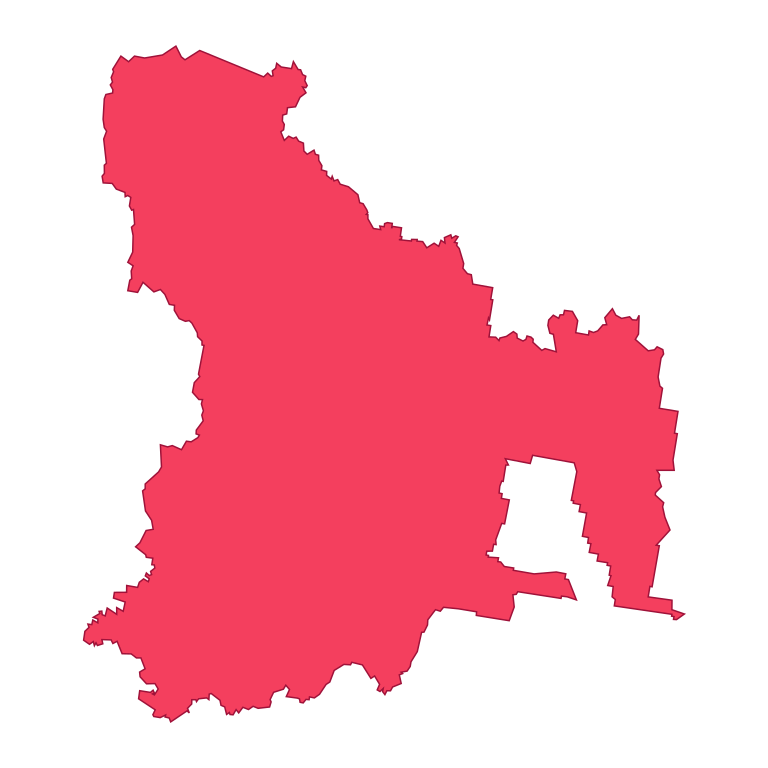 outline of Cabonne, New South Wales, Australia
{"feature_id": "25037944B28032354001178", "entity_name": "Cabonne", "entity_type": "district", "adm_level": 2, "iso_a3": "AUS", "parent_name": "Australia", "parent_adm1": "New South Wales", "projection": "orthographic", "projection_center": [148.824, -33.111], "detail": "fine", "context": "isolated", "style": "filled", "palette": "rose", "viewbox_px": 768, "rotation_deg": 0, "n_neighbors": 0, "source": "geoboundaries", "source_scale": "gbopen_adm2", "svg_char_len": 6078}
<svg xmlns="http://www.w3.org/2000/svg" viewBox="0 0 768 768"><path d="M662.8,349.6L657.1,346.8L654.5,349.8L648.2,350.8L635.3,339.4L638.5,334.1L639.1,315.3L636.7,320.1L632.3,319.8L629.6,316.8L621.6,318.4L615.8,315.2L612.4,308.7L604.8,317.7L606.7,324.7L602.9,324.9L597.7,330.9L593.5,332.5L589.1,330.9L588.5,335.0L575.7,332.7L577.7,320.7L572.4,311.4L564.5,310.4L563.5,314.8L560.1,314.8L558.7,318.3L553.3,315.2L548.7,320.0L547.9,325.4L549.9,333.3L553.4,334.3L556.3,351.8L545.0,348.6L541.8,350.4L532.9,342.3L533.2,339.2L531.0,337.1L527.0,336.0L525.9,339.4L523.0,341.0L517.2,338.1L516.9,334.1L513.4,331.6L506.4,336.4L499.9,338.0L499.0,340.6L495.7,337.2L489.0,336.9L490.8,325.6L487.0,325.0L488.5,317.9L489.5,319.9L492.8,299.8L490.7,299.5L492.7,287.7L472.8,284.1L471.3,274.7L467.4,273.7L462.9,268.3L463.7,263.6L459.2,248.5L456.6,245.4L457.3,243.0L454.4,242.4L458.1,236.8L455.8,235.8L451.8,238.2L450.8,234.8L444.4,237.6L445.0,243.0L441.0,240.3L438.7,246.3L434.1,243.2L426.8,247.8L422.7,241.6L417.0,241.1L417.2,239.5L411.6,239.4L411.4,241.0L398.9,239.7L401.5,239.1L401.8,236.6L400.3,236.3L401.5,227.8L392.6,226.4L391.6,228.3L392.3,223.4L387.4,222.6L384.6,223.6L384.2,226.7L379.8,226.1L380.7,229.6L373.4,228.5L367.9,218.8L367.9,214.7L366.3,214.4L367.8,212.7L366.8,209.9L363.1,203.7L359.7,202.7L357.9,194.7L348.5,186.8L340.2,184.2L337.7,179.6L334.0,180.9L332.2,176.3L331.3,179.0L326.6,175.4L326.7,171.4L321.4,169.9L321.9,165.7L318.8,160.4L318.6,155.2L315.4,154.3L314.0,150.1L307.2,154.3L303.9,151.0L303.4,143.1L298.6,141.1L296.1,137.1L293.2,138.4L288.7,136.2L284.3,140.4L280.8,131.8L283.6,129.8L284.3,124.4L282.4,121.1L282.7,115.1L286.7,113.9L287.5,107.7L295.5,106.8L300.0,97.3L306.0,92.8L302.6,87.0L305.8,87.7L307.2,85.6L304.8,80.7L305.8,76.2L302.6,74.6L300.6,69.8L298.1,69.5L293.4,61.6L291.5,68.6L281.2,67.0L276.7,63.3L275.7,68.2L272.3,70.9L273.1,75.7L271.3,76.4L267.7,73.1L263.7,76.9L199.7,50.5L185.0,59.8L181.3,56.9L175.9,46.1L162.5,55.0L144.6,58.0L134.5,56.1L128.6,61.7L120.9,56.1L112.7,69.3L113.6,71.8L111.2,77.5L112.5,82.1L110.3,84.9L112.9,89.7L112.6,93.0L105.9,94.5L104.3,98.8L103.1,119.3L104.3,127.6L106.6,131.2L103.7,139.0L106.4,163.3L104.3,165.2L104.4,173.4L102.1,176.2L103.2,182.9L112.2,183.4L116.3,189.1L125.0,192.4L125.2,196.7L127.8,195.5L130.8,197.4L129.4,206.0L131.7,210.2L133.5,209.5L134.6,224.4L131.5,227.2L133.1,235.6L132.7,252.1L127.8,262.3L133.1,265.8L131.2,271.0L131.7,278.8L129.8,280.2L127.8,290.7L137.6,292.4L143.0,282.3L153.9,291.9L160.4,289.5L164.9,294.4L169.3,304.4L174.5,305.3L174.3,310.3L179.2,318.6L185.4,321.3L189.2,320.6L191.9,323.1L197.3,332.8L197.6,336.7L202.0,341.0L202.0,345.0L204.0,345.4L198.5,374.2L199.8,376.6L194.3,382.6L192.5,392.3L198.9,399.5L202.5,399.6L201.4,403.9L203.4,410.8L201.8,415.1L203.2,420.8L196.3,430.1L196.1,433.9L199.4,435.1L197.9,437.6L191.2,441.8L186.4,441.2L181.5,449.7L172.3,445.6L167.6,446.9L160.4,444.8L161.5,467.0L158.6,471.9L145.2,484.0L145.2,488.8L142.6,490.9L145.5,511.0L151.6,520.3L153.2,529.3L146.1,530.5L139.9,542.8L135.6,546.8L145.7,554.7L146.3,557.3L152.8,558.2L151.8,564.7L154.3,565.0L154.8,568.1L150.6,571.4L151.6,574.6L149.3,575.5L146.4,573.0L145.3,575.9L149.2,578.8L148.3,581.7L143.6,578.9L139.3,582.3L137.6,587.4L126.7,585.5L126.6,592.3L114.4,592.4L113.5,598.1L125.2,602.0L123.2,611.3L116.7,607.6L116.7,614.3L107.2,608.0L105.2,615.9L102.2,614.7L101.8,611.1L99.1,611.4L99.8,613.5L93.3,617.3L97.9,619.1L97.8,622.8L92.8,620.0L91.8,624.6L87.9,624.1L89.0,627.4L84.9,631.3L83.6,640.2L89.5,644.3L93.3,641.6L94.4,645.7L96.0,642.8L97.4,645.5L102.8,643.8L101.9,639.6L111.1,639.9L112.9,643.5L117.1,641.3L122.1,653.7L131.2,653.9L136.4,657.9L140.9,657.9L145.1,668.8L139.6,672.1L140.1,676.8L146.5,683.8L155.0,683.6L158.2,689.0L154.4,694.9L152.5,693.9L154.4,693.0L153.1,690.2L150.4,692.4L139.7,690.7L138.6,698.8L155.2,709.8L152.9,714.7L153.8,716.5L160.2,717.6L165.6,715.0L165.1,717.0L169.2,718.0L170.7,721.9L187.0,710.9L189.3,712.9L187.5,708.3L191.7,704.0L191.8,699.7L195.9,699.7L196.5,701.6L198.6,698.8L206.7,697.9L208.9,699.6L209.2,694.1L211.2,693.5L220.0,700.3L221.0,705.3L224.7,706.9L226.6,714.4L229.4,712.5L230.0,714.5L233.1,714.8L236.1,709.6L238.7,712.9L242.9,707.3L248.5,709.5L253.1,706.3L258.1,708.3L269.6,707.0L271.1,701.9L270.1,699.6L273.6,692.3L283.4,689.2L285.8,685.2L289.5,689.5L286.3,696.6L297.4,698.1L299.5,698.9L300.1,702.3L303.2,702.9L306.0,699.4L309.1,699.7L309.5,696.9L314.4,697.9L319.5,694.3L326.1,684.4L329.8,682.0L334.2,670.4L343.9,664.4L350.5,664.8L351.8,662.3L362.4,664.9L370.9,678.4L374.6,676.0L379.6,684.3L377.2,689.9L380.0,691.5L383.2,688.5L382.6,691.6L384.9,694.6L386.9,690.7L390.5,690.8L392.6,687.0L401.2,683.5L399.3,674.8L402.6,673.6L401.2,672.2L407.1,671.1L410.2,666.5L411.0,661.8L417.3,651.6L421.6,632.3L424.0,632.1L427.5,625.0L427.8,619.8L435.5,609.7L440.3,611.2L443.5,607.3L458.5,608.8L476.6,611.8L476.3,615.4L509.2,620.7L514.2,607.0L512.9,594.8L516.2,594.3L517.8,591.7L561.0,598.4L561.5,596.1L567.2,596.8L576.4,599.9L568.4,579.6L564.8,578.9L565.8,573.8L556.3,572.0L534.1,573.9L513.3,570.3L513.7,568.0L504.3,566.5L500.7,562.0L497.8,561.6L498.5,557.8L488.2,557.1L488.5,555.4L486.1,555.0L486.8,551.2L492.4,551.1L493.6,544.3L496.1,544.6L495.7,539.9L501.7,523.4L504.6,523.9L509.3,499.9L501.4,498.4L502.1,493.7L499.1,493.0L499.8,486.2L501.7,481.1L503.2,481.4L505.8,465.1L508.4,465.0L505.3,458.7L530.2,463.5L532.6,455.3L574.2,462.8L576.8,471.6L571.3,500.4L573.6,500.8L573.2,503.2L580.4,504.6L579.1,511.6L586.6,513.0L582.4,536.3L588.5,537.5L587.7,543.1L590.9,543.7L589.2,552.4L598.4,554.1L597.1,561.0L607.6,562.7L607.1,565.3L610.7,566.0L609.2,575.2L611.0,575.7L607.7,585.5L613.2,586.5L612.1,596.8L615.3,599.5L614.3,605.9L671.9,614.3L671.6,616.2L674.0,616.6L673.5,619.4L676.5,619.6L684.4,614.0L671.9,609.7L672.0,600.2L648.2,596.9L649.9,586.4L652.1,586.8L659.3,545.7L656.2,545.2L670.0,530.0L664.9,517.2L662.6,506.8L663.7,502.7L655.3,495.1L655.5,492.6L661.4,486.6L658.9,478.9L659.6,474.8L656.9,470.3L674.2,470.3L673.0,460.1L677.3,433.7L674.5,433.2L678.0,411.4L659.3,408.3L662.5,388.3L659.9,386.1L658.1,377.0L661.0,358.2L663.6,354.0L662.8,349.6Z" fill="#f43f5e" stroke="#9f1239" stroke-width="1.5"/></svg>